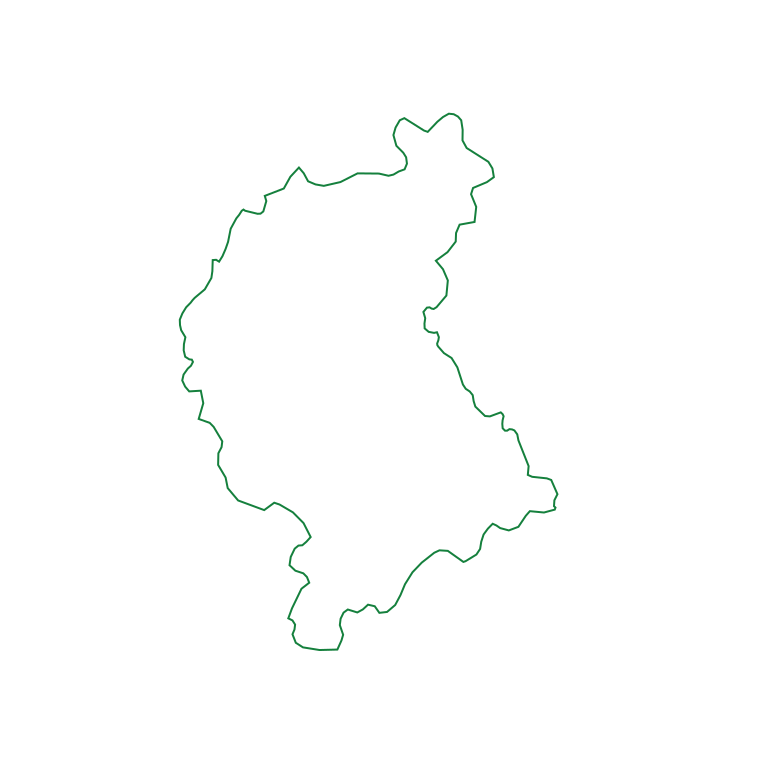 Greater Poland, Albers equal-area conic projection, rotated 30°
{"feature_id": "POL-3144", "entity_name": "Greater Poland", "entity_type": "Voivodeship", "adm_level": 1, "iso_a3": "POL", "parent_name": "Poland", "parent_adm1": "", "projection": "albers", "projection_center": [17.345, 52.331], "detail": "fine", "context": "isolated", "style": "outline", "palette": "green", "viewbox_px": 768, "rotation_deg": 30, "n_neighbors": 0, "source": "natural_earth", "source_scale": "10m", "svg_char_len": 2757}
<svg xmlns="http://www.w3.org/2000/svg" viewBox="0 0 768 768"><g transform="rotate(30 384 384)"><path d="M589.3,392.7L589.7,399.5L592.3,404.8L594.3,405.3L594.7,407.4L586.8,415.3L573.9,421.2L572.7,427.2L571.8,440.5L565.3,448.4L556.6,450.7L552.1,450.3L548.0,450.7L546.3,457.3L545.5,464.5L547.1,472.0L549.7,478.8L549.3,485.5L543.2,496.7L541.7,498.4L522.7,496.6L515.2,500.3L511.9,505.0L506.0,519.8L502.8,532.8L502.3,546.9L503.8,558.5L504.2,569.8L500.6,579.9L494.4,584.5L487.1,581.1L480.5,583.1L478.4,589.8L475.1,595.2L465.4,597.4L463.3,602.2L463.8,609.0L466.3,614.9L474.0,621.6L475.4,627.4L476.4,637.3L461.2,646.6L445.5,652.6L437.0,652.2L429.9,646.5L429.2,641.3L427.3,636.8L422.9,634.5L418.3,634.8L416.5,624.3L414.9,602.5L418.6,593.5L413.8,589.7L408.8,588.3L400.6,590.0L392.8,588.2L389.7,580.4L389.0,571.2L390.7,566.7L393.9,564.5L395.7,559.3L397.0,553.2L383.9,544.7L369.3,540.7L353.8,540.6L348.3,541.7L343.3,553.1L315.9,557.8L300.7,552.3L293.6,544.2L280.8,537.0L275.2,526.8L274.9,519.9L272.6,514.5L257.9,506.3L252.5,504.8L241.0,506.9L237.1,491.0L228.7,481.4L219.0,487.8L213.1,485.7L207.5,481.8L205.7,476.0L206.4,468.7L207.7,464.7L207.5,460.4L205.4,459.0L203.1,460.0L198.2,459.8L193.7,455.0L190.8,449.5L188.6,442.8L181.4,438.8L177.9,435.0L175.0,430.4L174.1,423.7L174.3,416.5L175.9,410.3L176.3,407.1L177.0,404.0L181.5,391.6L181.5,378.5L179.0,372.2L173.7,362.3L176.5,360.4L180.0,360.5L180.2,354.1L179.3,346.3L177.9,338.9L173.6,326.2L173.3,314.4L174.0,309.9L174.2,305.1L175.1,303.2L177.1,303.4L189.4,299.8L191.9,298.2L193.2,294.9L190.6,284.4L186.7,280.7L199.5,264.8L199.3,251.3L202.1,239.1L209.1,241.6L216.9,246.4L224.9,245.4L232.8,242.5L245.3,230.9L255.8,214.8L274.4,204.3L283.8,201.4L287.5,197.9L290.5,192.6L294.5,187.8L293.7,181.7L289.8,176.6L285.1,174.1L275.6,171.5L267.7,163.7L265.8,156.1L265.8,147.7L268.7,143.6L291.9,144.5L295.8,143.8L299.1,130.2L301.6,123.3L305.0,117.5L309.5,115.5L314.3,115.4L319.0,117.0L325.0,124.5L330.2,133.8L337.6,138.3L363.3,139.4L370.1,143.1L375.7,149.9L372.2,157.7L363.1,169.7L364.5,176.1L375.3,184.5L381.4,198.4L369.8,208.2L370.9,217.2L374.9,224.8L373.1,238.0L367.3,251.3L377.7,255.1L387.5,262.4L393.8,276.2L391.1,291.2L389.5,294.2L387.5,294.9L385.2,294.8L383.0,296.4L382.1,301.9L386.8,306.4L388.8,311.4L391.4,315.5L396.6,316.5L401.8,314.7L404.0,312.7L408.1,316.0L409.2,318.9L409.8,322.4L410.8,323.7L412.3,324.5L420.5,327.3L429.5,327.7L439.2,332.9L452.6,345.0L457.2,347.3L462.0,347.6L466.4,349.3L470.2,354.0L474.4,357.9L487.5,361.2L491.9,359.1L499.3,350.2L501.8,350.8L503.7,352.1L504.8,356.0L506.4,359.4L508.9,363.0L512.1,363.9L514.0,362.8L515.2,360.4L517.6,359.3L520.1,359.0L524.6,361.0L528.6,365.6L550.3,382.8L554.0,390.8L558.7,390.3L572.2,384.3L576.8,383.5L589.3,392.7Z" fill="none" stroke="#15803d" stroke-width="2"/></g></svg>